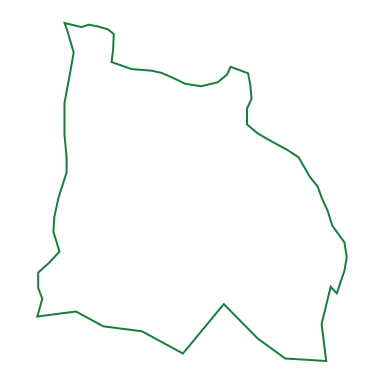 outline of Kontemenos, Cyprus
{"feature_id": "46923920B62470816278945", "entity_name": "Kontemenos", "entity_type": "district", "adm_level": 2, "iso_a3": "CYP", "parent_name": "Cyprus", "parent_adm1": "", "projection": "equal_earth", "projection_center": [33.133, 35.268], "detail": "fine", "context": "isolated", "style": "outline", "palette": "green", "viewbox_px": 384, "rotation_deg": 0, "n_neighbors": 0, "source": "geoboundaries", "source_scale": "gbopen_adm2", "svg_char_len": 839}
<svg xmlns="http://www.w3.org/2000/svg" viewBox="0 0 384 384"><path d="M182.9,353.5L223.8,304.1L257.9,338.7L285.2,358.5L326.2,361.0L321.6,323.9L330.7,286.8L336.8,293.4L344.5,270.5L346.7,257.1L344.5,242.5L332.2,225.5L327.7,210.9L322.1,198.7L317.6,186.5L309.8,176.8L298.6,157.3L287.4,150.0L267.2,139.0L257.1,133.0L247.0,124.4L247.0,117.1L247.0,108.6L251.5,98.9L250.4,85.5L248.1,73.3L230.6,66.8L227.0,74.6L217.7,82.3L201.2,86.2L185.5,83.9L174.0,78.4L161.8,73.0L151.8,70.7L131.7,69.1L111.6,62.1L113.1,49.6L113.8,34.1L108.1,29.4L97.3,26.3L88.7,24.7L81.5,27.1L64.6,23.0L67.6,31.6L73.7,52.5L69.6,75.6L64.5,103.1L64.5,135.0L66.6,157.0L66.6,172.4L58.5,197.7L54.4,216.4L53.4,231.8L59.5,251.6L49.3,262.6L38.2,272.5L38.2,287.9L42.3,298.9L37.3,316.5L76.0,311.5L103.2,326.3L141.9,331.3L182.9,353.5Z" fill="none" stroke="#15803d" stroke-width="2"/></svg>